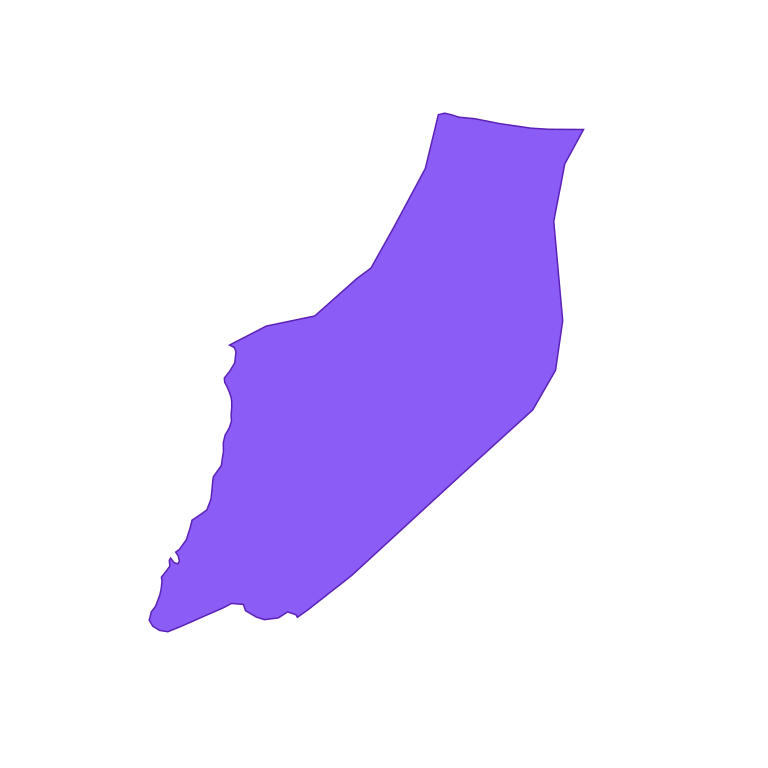 the district of Foro Baranga, Western Darfur, Sudan, rotated 18°
{"feature_id": "16777658B32386260809283", "entity_name": "Foro Baranga", "entity_type": "district", "adm_level": 2, "iso_a3": "SDN", "parent_name": "Sudan", "parent_adm1": "Western Darfur", "projection": "robinson", "projection_center": [22.544, 12.241], "detail": "fine", "context": "isolated", "style": "filled", "palette": "violet", "viewbox_px": 768, "rotation_deg": 18, "n_neighbors": 0, "source": "geoboundaries", "source_scale": "gbopen_adm2", "svg_char_len": 1594}
<svg xmlns="http://www.w3.org/2000/svg" viewBox="0 0 768 768"><g transform="rotate(18 384 384)"><path d="M495.1,80.3L462.1,90.8L444.2,95.4L413.1,100.7L388.6,103.6L372.7,107.1L365.1,107.1L358.0,107.7L352.5,111.1L356.7,166.3L345.0,231.4L335.8,277.7L325.4,292.4L297.1,340.7L254.1,365.3L227.6,392.1L225.5,394.3L225.1,394.7L226.3,394.9L230.3,395.6L233.2,398.9L234.3,404.1L235.5,410.0L234.3,415.3L233.2,419.9L230.3,427.7L232.0,431.7L235.5,435.0L239.5,439.6L242.9,444.2L244.7,448.1L246.4,453.3L248.1,460.6L250.4,466.5L250.4,473.7L248.7,481.6L249.3,489.5L252.2,498.0L253.3,505.2L254.5,511.8L251.6,521.0L250.4,524.9L251.0,528.8L252.7,536.1L255.0,546.6L254.5,558.4L248.7,566.3L243.5,572.8L244.1,580.7L244.1,593.2L240.6,604.4L237.8,608.3L241.2,610.9L244.1,615.5L243.5,618.8L239.5,618.8L234.9,615.5L234.8,615.9L234.3,615.5L234.8,615.9L234.3,618.1L236.6,623.4L234.9,628.6L232.0,636.5L233.7,639.8L235.4,647.7L236.0,654.2L235.4,666.1L233.1,672.6L233.7,681.2L238.9,685.8L246.7,687.7L255.0,686.4L265.9,677.2L284.9,660.2L299.9,646.9L302.5,644.3L306.8,639.8L312.8,638.4L313.2,638.3L317.8,637.2L318.4,637.2L322.4,642.4L334.5,645.1L336.7,645.1L343.1,645.1L345.0,644.2L355.8,639.1L362.7,630.6L370.8,630.6L371.4,630.6L373.4,632.4L373.7,632.6L376.4,629.0L376.8,628.5L377.8,627.2L378.3,626.6L379.1,625.4L379.4,625.1L380.0,624.2L381.3,622.5L384.1,618.4L384.2,618.1L393.8,603.9L395.6,601.1L406.7,584.7L412.7,575.6L453.0,504.1L464.1,484.4L485.8,446.0L514.7,395.4L533.5,362.6L542.9,317.9L534.4,268.6L495.2,176.9L493.0,159.4L490.6,139.9L487.9,119.0L495.1,80.3Z" fill="#8b5cf6" stroke="#5b21b6" stroke-width="1.5"/></g></svg>